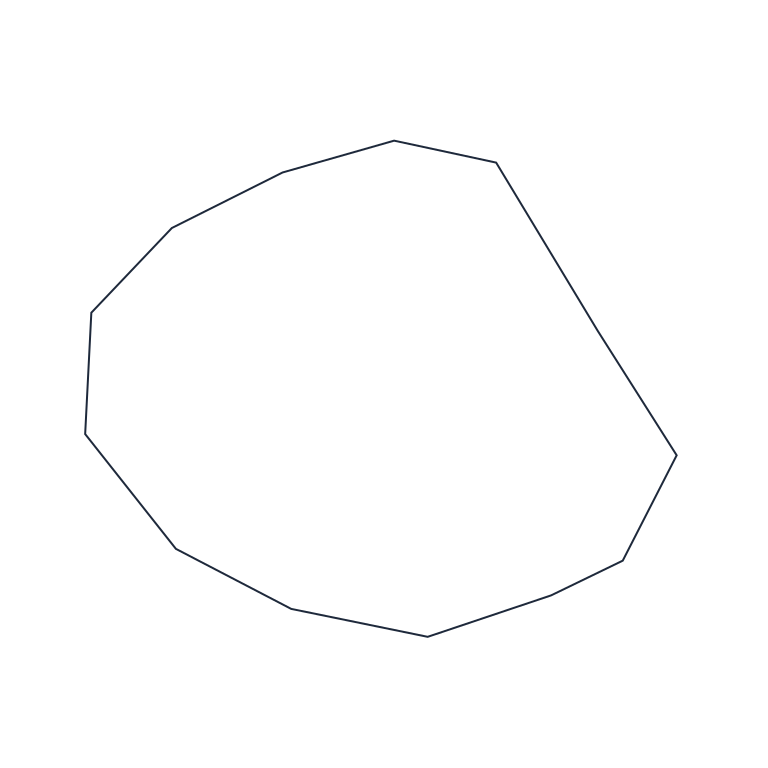 the border of Nottingham, rotated 280°
{"feature_id": "GBR-2763", "entity_name": "Nottingham", "entity_type": "Unitary Authority", "adm_level": 1, "iso_a3": "GBR", "parent_name": "United Kingdom", "parent_adm1": "", "projection": "robinson", "projection_center": [-1.17, 52.934], "detail": "fine", "context": "isolated", "style": "outline", "palette": "slate", "viewbox_px": 768, "rotation_deg": 280, "n_neighbors": 0, "source": "natural_earth", "source_scale": "10m", "svg_char_len": 331}
<svg xmlns="http://www.w3.org/2000/svg" viewBox="0 0 768 768"><g transform="rotate(280 384 384)"><path d="M403.4,83.4L500.8,148.0L574.7,247.4L625.4,351.7L621.5,456.0L473.5,585.2L364.6,684.6L251.5,649.8L204.8,585.2L142.6,470.9L146.4,331.7L185.5,207.7L282.8,98.4L403.4,83.4Z" fill="none" stroke="#1e293b" stroke-width="2"/></g></svg>